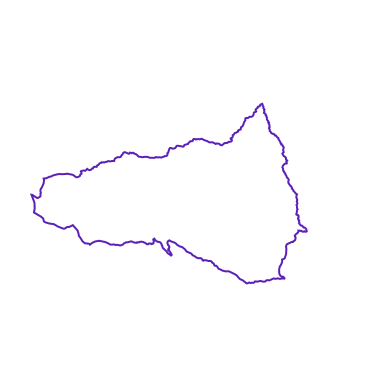 Bolivar, Carchi, Ecuador (Equal Earth projection), rotated 127°
{"feature_id": "8360857B4480682421183", "entity_name": "Bolivar", "entity_type": "district", "adm_level": 2, "iso_a3": "ECU", "parent_name": "Ecuador", "parent_adm1": "Carchi", "projection": "equal_earth", "projection_center": [-77.936, 0.473], "detail": "fine", "context": "isolated", "style": "outline", "palette": "violet", "viewbox_px": 384, "rotation_deg": 127, "n_neighbors": 0, "source": "geoboundaries", "source_scale": "gbopen_adm2", "svg_char_len": 6015}
<svg xmlns="http://www.w3.org/2000/svg" viewBox="0 0 384 384"><g transform="rotate(127 192 192)"><path d="M295.4,241.8L292.7,241.1L289.9,239.6L286.9,236.9L284.3,231.5L283.4,227.9L283.2,225.7L281.8,223.7L280.8,222.8L280.4,221.2L279.1,219.9L277.9,217.1L275.4,215.5L274.3,215.5L271.9,214.4L271.0,213.2L267.9,210.8L267.3,208.2L266.2,205.9L265.6,205.4L265.1,205.5L264.0,203.9L263.2,203.7L262.1,202.5L261.3,200.7L260.8,198.4L260.8,196.4L259.9,195.5L259.0,195.4L258.1,194.1L257.9,192.9L257.2,192.8L256.9,192.1L256.0,192.0L254.7,192.6L253.2,194.4L252.0,194.1L252.7,191.3L252.5,189.5L252.0,189.0L251.3,187.0L251.9,185.1L252.7,184.1L252.9,183.3L254.2,181.8L254.7,176.8L255.5,174.5L255.3,172.7L255.4,170.6L254.4,170.4L253.8,171.9L253.1,172.9L252.9,174.5L252.3,175.2L252.7,175.6L252.7,176.0L252.0,176.6L251.1,176.3L250.3,176.9L249.6,176.9L249.0,177.7L248.7,179.3L247.5,181.0L246.8,181.4L245.4,181.5L244.2,180.9L244.1,179.3L242.9,175.2L242.8,173.6L243.1,172.5L242.9,169.4L242.4,167.8L241.9,167.0L242.0,163.2L242.8,160.5L241.6,155.5L242.1,153.6L241.6,150.3L241.7,148.9L240.9,146.8L239.8,145.6L239.5,144.9L239.6,143.1L240.1,142.6L240.1,141.9L239.7,141.9L239.5,141.3L238.9,141.0L237.7,138.9L237.3,137.5L235.9,135.6L235.8,134.2L236.3,133.4L236.0,131.9L237.1,129.9L237.0,129.0L236.4,128.5L236.4,127.5L236.6,126.3L237.3,124.9L237.3,124.2L236.8,122.9L236.5,120.6L235.3,117.6L233.1,114.7L231.8,107.9L231.7,105.6L232.3,103.8L232.7,101.2L232.0,98.5L232.1,96.7L231.9,96.0L232.2,94.4L232.0,93.3L231.5,92.7L229.9,91.9L229.5,90.5L228.4,89.6L227.3,88.0L225.4,87.8L224.2,85.8L221.8,83.8L221.1,81.8L219.9,80.1L219.2,79.6L217.7,79.4L217.0,78.7L216.0,77.0L211.8,74.7L211.3,73.4L210.4,72.3L209.5,71.8L208.6,69.7L206.3,67.4L205.2,65.4L205.3,66.6L204.7,67.9L205.5,69.1L205.7,70.9L205.0,72.6L204.1,73.7L201.6,75.7L198.5,77.1L197.3,77.0L195.0,77.5L193.4,78.1L191.7,79.4L189.7,78.2L189.1,78.1L184.9,79.5L180.1,82.8L178.9,84.2L176.8,84.8L172.8,82.8L171.8,82.1L171.2,81.3L170.4,81.4L168.7,80.7L167.5,81.0L165.8,82.1L165.5,83.1L164.9,83.7L163.7,83.7L160.8,83.0L159.5,83.3L158.9,83.7L158.8,83.2L158.1,82.9L157.8,81.9L157.2,81.4L157.2,79.9L156.4,78.9L155.8,78.7L155.7,78.0L155.2,77.0L154.2,76.8L153.0,78.3L152.6,79.9L152.6,80.7L153.2,81.6L152.6,83.8L153.2,84.6L153.1,85.9L152.6,87.6L151.8,87.8L150.8,89.3L150.2,89.3L150.0,90.4L149.3,91.5L148.4,91.4L147.9,92.1L147.0,92.3L146.6,93.7L147.2,94.7L147.1,95.3L145.7,95.8L143.3,97.2L142.2,97.3L141.6,98.5L140.5,99.3L139.5,100.7L138.0,100.8L137.3,101.4L136.6,102.6L135.7,102.7L135.2,103.3L134.5,103.6L133.7,105.3L131.4,106.7L130.7,106.7L130.6,109.2L130.1,110.7L130.1,111.7L129.5,112.3L129.1,114.5L128.3,114.9L127.7,116.6L127.9,117.5L127.3,118.6L127.1,119.9L126.0,121.2L123.9,122.2L123.5,123.1L123.2,125.1L122.2,126.5L121.7,128.2L120.9,128.8L120.9,130.1L120.2,130.9L120.1,132.0L118.5,133.4L117.7,134.8L116.7,135.1L114.2,135.1L113.2,134.6L112.4,133.6L111.9,133.6L110.9,135.0L109.7,134.8L109.5,135.5L109.6,136.0L109.4,136.7L108.3,137.3L107.8,138.8L108.1,139.9L108.0,140.6L106.9,143.0L105.0,142.7L103.7,144.5L101.1,145.6L100.8,146.8L100.2,147.6L100.4,149.1L99.6,149.7L99.9,150.2L99.8,150.5L98.9,151.7L97.7,154.8L96.9,155.5L97.0,157.1L96.4,158.9L97.0,160.0L96.4,160.8L96.4,161.3L96.5,161.9L97.0,162.6L97.2,164.4L96.7,165.1L96.5,166.7L95.2,167.6L95.0,168.5L94.7,169.0L93.4,169.0L93.0,169.8L92.2,170.1L91.7,170.8L91.3,171.9L90.4,172.0L90.2,172.5L90.4,173.2L89.4,173.9L89.3,175.1L88.7,176.1L87.4,177.0L87.1,178.0L86.3,178.5L86.2,179.6L85.7,179.8L85.4,180.7L85.5,182.2L84.3,182.6L83.2,183.7L82.5,183.7L82.1,185.5L80.8,186.3L80.6,187.5L79.9,188.0L79.3,189.0L81.2,190.0L82.8,189.5L84.3,190.7L85.5,190.2L86.4,190.7L88.0,190.7L88.4,190.4L89.0,189.2L89.4,189.2L91.3,190.4L93.7,189.2L95.3,189.3L96.3,189.9L97.3,191.3L99.4,191.9L100.0,193.0L100.8,193.6L101.3,193.6L102.8,192.5L104.5,192.5L108.4,191.3L109.4,191.3L110.7,191.8L112.8,190.8L114.6,192.1L115.3,192.1L115.9,191.5L116.3,191.6L117.2,192.2L117.9,192.3L119.3,193.4L121.0,193.1L122.1,193.7L123.6,192.6L124.5,192.6L125.9,193.4L126.3,193.1L126.4,191.8L126.7,191.2L127.6,191.0L128.6,191.4L130.0,193.0L131.5,193.3L133.4,195.5L134.4,195.6L136.7,196.3L137.4,197.5L137.1,198.7L137.3,199.7L138.5,201.6L139.4,202.0L139.5,203.4L140.0,205.6L141.9,207.9L142.2,210.5L143.1,213.1L143.7,216.4L145.2,217.5L145.5,218.2L147.1,220.1L147.8,220.5L148.0,221.7L148.6,222.5L149.4,222.7L150.7,222.2L151.4,222.5L152.3,223.8L154.8,224.3L156.0,224.1L158.9,226.3L160.8,226.1L161.3,226.6L162.8,229.8L164.1,231.8L164.6,232.0L166.6,231.8L168.5,232.8L169.2,233.8L169.3,234.9L170.0,236.0L171.0,236.1L175.1,234.7L175.8,235.0L177.1,234.0L177.9,233.9L178.9,234.3L180.1,235.6L180.9,235.8L181.6,236.5L183.0,237.2L183.7,238.8L184.9,239.9L185.9,242.0L187.2,242.4L189.9,246.0L190.8,248.7L192.6,251.2L193.9,252.3L195.9,256.1L195.4,258.9L196.1,261.2L195.9,262.0L196.2,262.9L197.3,263.4L197.8,265.2L199.3,265.3L199.6,265.7L200.3,268.7L200.8,269.9L202.2,270.4L203.7,270.1L205.3,270.4L206.4,270.0L207.7,270.6L209.2,272.6L211.6,273.6L212.3,273.6L214.1,272.8L215.4,274.6L216.8,275.7L217.9,277.7L219.0,278.1L219.9,279.1L221.1,279.7L221.6,280.6L222.2,281.2L222.5,282.0L223.3,282.0L223.9,282.7L225.1,283.1L226.7,283.0L227.7,283.7L229.3,283.3L230.7,285.3L231.9,285.5L232.7,285.3L233.2,285.8L235.0,286.1L236.3,287.0L236.7,288.6L236.6,289.6L239.3,290.0L239.8,291.2L241.8,293.1L242.5,293.1L243.3,291.6L244.1,291.2L245.1,291.7L246.8,291.2L248.8,292.1L249.9,293.4L250.0,297.5L252.6,302.9L253.1,303.1L256.1,306.6L257.4,308.7L259.5,310.7L262.5,313.0L264.7,314.0L265.6,315.1L267.0,315.7L269.1,317.0L270.5,318.6L271.6,317.3L274.4,315.7L278.5,314.7L280.6,314.6L281.8,314.1L282.9,313.2L283.6,312.2L284.4,312.1L286.2,310.7L287.0,310.5L289.4,311.4L290.1,312.5L290.4,317.7L290.8,318.5L295.3,311.4L300.0,307.6L303.5,305.9L302.6,298.3L302.6,295.6L302.9,294.7L304.4,292.8L304.7,291.6L303.2,287.3L300.8,282.9L300.3,278.3L298.7,272.7L297.7,271.5L295.3,270.8L293.9,269.1L290.2,267.2L291.6,260.3L293.2,258.0L295.2,255.8L295.6,254.0L297.3,249.6L297.4,246.7L295.3,243.1L295.1,242.3L295.4,241.8Z" fill="none" stroke="#5b21b6" stroke-width="2"/></g></svg>